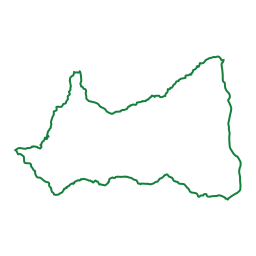 Caramanta, Antioquia, Colombia
{"feature_id": "7082276B65135534410958", "entity_name": "Caramanta", "entity_type": "district", "adm_level": 2, "iso_a3": "COL", "parent_name": "Colombia", "parent_adm1": "Antioquia", "projection": "albers", "projection_center": [-75.642, 5.562], "detail": "fine", "context": "isolated", "style": "outline", "palette": "green", "viewbox_px": 256, "rotation_deg": 0, "n_neighbors": 0, "source": "geoboundaries", "source_scale": "gbopen_adm2", "svg_char_len": 5762}
<svg xmlns="http://www.w3.org/2000/svg" viewBox="0 0 256 256"><path d="M15.4,150.1L16.1,150.6L16.8,151.5L18.0,154.2L20.1,154.0L21.6,154.8L23.6,156.4L23.9,157.2L24.2,161.7L24.5,162.4L24.9,162.9L25.6,163.1L29.7,163.4L30.2,163.5L30.6,163.9L31.1,164.9L31.0,166.2L32.8,168.6L33.6,170.1L34.9,170.9L35.1,171.2L35.0,172.3L35.6,174.8L36.7,176.8L38.1,177.6L39.8,177.6L40.4,177.8L41.9,178.9L44.8,181.4L48.2,182.4L48.8,182.8L49.2,183.5L49.1,185.5L49.5,186.4L51.1,188.0L51.1,189.3L51.4,189.8L51.7,191.3L52.0,191.9L53.4,193.0L53.9,193.7L54.0,194.5L55.7,194.9L57.9,194.7L58.7,194.3L59.0,194.3L59.7,193.5L61.7,192.7L62.4,192.1L63.0,190.9L63.6,190.3L64.0,189.0L64.6,188.9L65.1,188.3L66.5,188.0L66.7,187.8L66.7,187.0L67.3,187.0L68.0,186.3L69.1,185.9L69.5,185.2L71.3,183.7L72.3,183.6L73.2,183.9L73.3,183.8L73.3,183.2L74.2,183.1L74.5,182.0L75.8,181.3L77.7,180.4L78.5,180.2L79.3,180.5L79.8,180.5L80.7,179.3L81.5,179.5L81.7,179.2L82.7,179.2L83.4,178.8L86.4,179.5L88.2,180.2L88.8,180.6L90.4,180.6L91.2,181.3L92.2,181.5L92.7,182.3L93.5,182.3L93.7,182.1L94.7,181.0L95.4,180.6L96.1,180.9L96.5,181.5L97.9,181.7L99.2,184.3L99.6,184.5L100.5,184.2L101.2,184.7L102.1,184.7L104.5,185.3L105.3,185.2L106.1,184.7L108.1,182.9L108.3,182.1L109.0,181.7L109.2,179.5L110.0,178.6L111.7,177.8L112.7,177.5L113.5,178.0L115.1,177.8L115.6,177.1L117.4,176.7L120.8,176.9L125.6,176.6L126.2,177.0L126.8,176.8L127.4,176.8L128.6,177.4L131.3,177.9L132.7,178.8L133.7,179.6L136.0,180.1L136.9,180.9L137.3,181.6L137.9,183.2L138.5,183.7L139.9,183.7L140.6,184.2L141.5,183.6L142.5,183.6L145.5,183.8L147.1,183.8L147.6,184.0L148.4,183.8L149.0,184.1L150.0,184.1L150.4,184.4L153.4,183.5L155.3,182.2L157.8,181.4L159.6,178.8L159.8,178.6L160.6,178.5L162.3,177.6L164.4,175.6L164.7,175.1L165.2,175.1L166.7,174.4L167.1,174.5L167.9,175.1L169.1,176.7L170.1,176.9L170.8,177.2L171.3,177.6L171.8,177.6L172.1,177.9L172.7,178.7L173.1,179.8L174.3,181.2L175.4,181.3L176.1,181.8L177.4,181.8L177.8,182.1L177.9,182.4L179.0,183.6L183.6,184.1L184.4,184.4L186.4,186.7L186.8,187.4L187.9,188.2L188.8,189.2L190.0,191.6L191.5,192.5L194.6,192.9L196.6,193.5L197.6,194.8L198.2,196.5L199.0,196.8L199.4,196.7L200.5,195.7L202.0,195.4L203.0,195.5L204.1,194.2L205.4,194.0L206.4,194.3L206.8,195.7L207.9,196.6L210.1,196.7L211.7,196.2L216.8,196.0L218.2,195.3L219.5,195.4L221.0,195.7L222.5,196.3L225.1,197.7L225.5,198.6L227.1,198.7L227.4,199.3L227.7,199.5L229.0,198.0L231.8,196.0L235.5,193.7L237.6,192.7L239.9,190.4L240.3,189.2L240.5,185.3L240.1,181.2L240.0,176.7L239.2,172.5L239.2,170.5L239.6,168.4L240.5,165.9L240.6,164.7L240.6,162.5L240.3,161.5L238.3,157.9L237.2,156.4L236.3,156.2L235.3,155.5L233.5,153.6L230.5,148.8L229.8,147.2L229.5,143.5L229.2,137.8L229.6,133.0L228.8,128.9L229.0,127.6L228.3,123.5L230.4,113.4L230.9,111.5L231.3,108.3L230.3,105.0L229.7,104.1L229.5,103.0L228.5,101.6L228.2,100.0L229.3,98.4L229.9,97.1L229.8,95.7L229.5,94.5L229.0,93.4L226.6,90.8L225.5,88.6L225.2,87.8L224.8,83.2L224.3,82.4L223.1,81.4L222.8,80.4L222.7,74.4L222.2,69.1L221.5,65.2L221.8,63.1L222.8,62.4L223.2,61.7L223.5,60.1L221.5,60.3L220.5,58.3L220.1,58.0L219.8,57.4L219.0,56.9L218.0,56.5L217.4,56.6L215.3,57.2L213.4,57.0L211.5,57.8L209.8,58.0L205.7,60.1L204.8,61.5L203.4,62.9L201.9,63.4L201.0,63.4L200.2,63.1L199.8,63.3L199.3,65.7L198.8,66.6L198.3,66.8L197.5,66.1L197.1,66.2L196.8,66.6L196.7,67.6L196.2,68.3L194.9,69.4L193.2,70.1L192.7,72.1L191.7,73.0L191.3,74.5L190.7,74.7L190.1,74.2L189.9,74.2L189.5,74.7L187.9,75.4L186.6,75.3L185.9,75.6L185.5,76.0L185.4,77.9L181.1,78.7L179.1,79.8L178.5,81.1L177.4,81.2L176.4,81.5L175.1,83.8L173.3,85.1L172.6,86.7L171.9,87.5L171.7,87.7L170.4,87.8L170.2,88.0L170.1,88.7L169.6,89.2L167.8,89.3L167.7,89.6L167.8,90.5L167.6,91.6L166.8,92.9L166.2,93.2L165.5,94.3L165.2,96.0L163.9,96.2L162.8,96.8L160.8,97.2L159.9,96.9L159.3,95.9L158.8,95.7L155.0,95.9L154.6,96.1L154.5,96.7L153.9,96.3L152.4,95.7L151.8,95.7L151.5,96.0L151.3,96.8L150.6,97.1L148.9,98.5L148.5,99.4L147.6,99.5L147.4,99.8L146.7,100.0L146.0,100.4L145.6,101.1L144.1,101.1L143.0,101.4L142.6,101.1L140.6,102.0L137.1,102.5L136.9,102.7L136.5,104.2L135.8,104.8L135.1,104.8L133.1,104.5L131.4,105.2L130.5,105.3L130.3,105.5L130.2,105.9L129.7,106.3L128.9,106.4L127.9,107.1L127.6,107.9L126.7,109.1L125.9,109.2L124.6,109.9L123.5,110.1L122.7,109.9L122.1,110.0L121.6,110.5L120.9,110.7L120.5,111.4L120.3,111.5L115.8,111.8L112.6,113.7L111.9,113.8L110.6,113.5L107.4,111.9L106.8,111.5L104.9,109.0L102.8,107.8L100.6,106.9L99.9,106.3L98.6,104.5L97.6,103.6L95.6,102.7L89.1,101.1L87.7,100.1L87.1,99.5L86.4,98.5L86.3,98.1L86.3,96.4L85.7,93.4L86.1,91.1L85.8,89.9L85.3,89.2L83.6,88.7L82.5,86.9L82.0,86.6L81.2,86.5L81.0,85.2L80.5,84.3L80.5,83.1L81.2,81.2L81.3,80.2L80.9,75.6L80.5,73.1L80.1,71.8L79.9,71.5L79.6,71.4L78.9,72.5L77.6,72.6L76.6,72.3L75.3,72.6L74.1,72.1L73.4,75.4L72.3,75.8L70.7,77.2L70.3,77.7L70.1,78.6L69.8,80.7L70.9,86.4L70.3,88.1L70.5,89.3L70.4,89.9L69.0,91.8L69.0,92.4L69.6,93.3L69.8,93.9L69.7,94.5L67.9,96.1L67.7,96.5L67.9,99.0L67.7,99.5L66.3,101.3L65.8,103.1L64.9,103.7L63.5,103.9L63.1,104.3L62.3,105.9L61.7,106.6L60.9,106.9L58.1,106.7L56.5,106.9L56.4,107.2L56.7,109.2L56.6,110.1L56.2,110.5L53.8,111.5L53.8,113.9L53.6,115.1L52.7,116.5L51.3,120.6L51.0,122.7L51.1,123.5L51.4,124.3L50.8,126.3L50.8,127.7L49.6,129.0L49.3,130.0L48.6,130.6L47.9,132.0L47.2,134.6L47.2,135.0L48.3,136.0L48.5,136.6L47.9,136.9L46.8,136.6L46.7,136.9L47.1,138.6L46.6,139.0L46.2,138.9L45.4,137.8L44.9,137.8L44.7,138.3L44.7,139.3L44.2,140.1L43.9,140.6L42.7,141.5L41.8,142.8L41.6,143.8L40.6,144.8L40.7,145.4L41.4,146.0L41.3,146.6L41.3,147.3L41.0,147.7L40.0,148.5L37.4,147.4L37.0,146.9L36.0,146.9L34.7,146.4L33.5,146.4L32.9,146.9L32.3,146.5L31.9,146.6L30.9,147.6L30.4,147.8L28.8,148.1L27.5,148.0L26.6,148.3L25.7,148.8L23.9,148.7L19.9,148.0L18.5,148.2L17.3,148.8L15.4,150.1Z" fill="none" stroke="#15803d" stroke-width="2"/></svg>